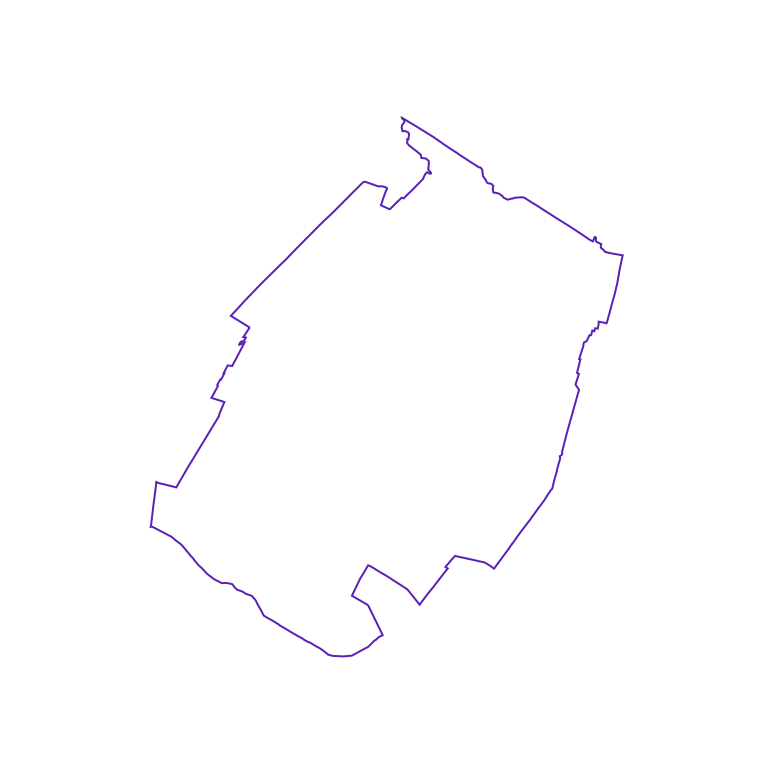 the district of Mozaceni, Arges, Romania, rotated 159°
{"feature_id": "2599482B69451862897521", "entity_name": "Mozaceni", "entity_type": "district", "adm_level": 2, "iso_a3": "ROU", "parent_name": "Romania", "parent_adm1": "Arges", "projection": "robinson", "projection_center": [25.183, 44.552], "detail": "fine", "context": "isolated", "style": "outline", "palette": "violet", "viewbox_px": 768, "rotation_deg": 159, "n_neighbors": 0, "source": "geoboundaries", "source_scale": "gbopen_adm2", "svg_char_len": 5842}
<svg xmlns="http://www.w3.org/2000/svg" viewBox="0 0 768 768"><g transform="rotate(159 384 384)"><path d="M271.9,626.1L272.0,625.6L271.4,624.4L270.7,623.2L270.9,622.2L271.1,621.2L272.7,620.2L274.4,619.1L275.6,617.3L276.1,613.3L274.1,612.9L271.6,610.8L270.9,608.6L272.2,606.1L273.6,603.6L274.5,604.2L275.3,602.3L276.1,600.5L275.0,597.5L271.7,592.1L269.0,587.6L268.5,586.8L267.5,584.5L268.1,581.7L264.0,579.4L262.3,576.3L262.8,574.4L264.4,571.2L265.8,568.4L264.5,564.7L264.8,563.7L266.1,564.0L267.4,565.9L267.9,566.2L268.5,566.1L270.0,565.3L272.3,563.4L274.1,561.4L287.4,555.3L295.0,552.1L299.1,550.2L300.4,551.4L300.8,551.6L305.2,549.7L307.9,548.6L311.9,546.8L315.6,545.2L316.0,545.2L316.6,545.6L322.8,551.9L319.9,555.5L318.4,557.3L314.9,561.4L312.9,563.6L311.5,564.8L311.1,565.3L311.0,565.7L311.1,566.1L313.1,568.1L315.9,569.7L318.6,570.6L329.3,579.7L330.5,579.9L331.2,579.8L333.4,578.9L339.9,576.0L347.6,572.6L348.8,572.1L350.6,571.2L354.9,569.3L369.8,562.6L371.4,562.0L372.4,561.5L375.1,560.4L377.1,559.6L378.3,559.1L380.7,558.2L387.6,555.2L400.9,549.2L409.6,545.3L424.9,538.3L428.3,536.6L433.5,534.3L434.9,533.8L453.9,525.5L462.0,522.0L484.4,511.5L493.9,506.7L502.6,502.5L489.7,485.6L489.5,485.1L489.5,484.8L489.7,484.5L490.0,484.3L496.3,479.7L496.7,479.5L498.2,478.4L498.4,478.3L496.8,477.3L496.3,476.9L499.2,474.6L501.6,474.6L502.7,474.7L505.1,472.7L504.7,472.4L502.5,472.5L501.5,472.5L499.5,472.5L502.4,470.0L513.5,460.2L518.6,455.8L519.2,455.2L520.8,456.0L522.0,456.7L523.3,457.3L529.7,451.7L529.8,451.6L529.1,451.4L529.5,450.9L530.4,450.2L531.4,449.2L532.8,448.0L534.5,446.5L535.1,447.0L539.4,443.4L540.1,442.7L539.9,442.0L539.7,441.7L541.5,440.1L542.4,439.4L546.6,435.8L549.0,433.8L550.0,433.0L550.1,432.9L546.2,429.8L541.2,425.8L539.5,424.4L548.6,414.8L549.4,413.3L570.8,396.7L589.8,382.0L596.1,377.2L614.5,362.3L615.0,361.9L617.4,363.6L624.2,368.4L630.8,372.9L631.0,373.4L631.7,374.1L635.8,366.2L639.3,359.7L642.9,353.1L649.3,340.9L651.5,336.7L652.5,335.1L653.0,334.3L652.7,334.3L652.4,334.2L651.8,333.9L651.3,333.5L650.8,333.1L650.7,332.9L638.5,319.1L638.4,319.1L638.2,318.9L638.0,318.6L637.8,318.4L637.6,318.1L637.5,317.9L636.8,316.9L636.4,316.3L636.0,315.5L635.2,314.0L634.7,313.0L633.2,310.6L632.7,309.7L632.5,309.4L632.0,308.9L631.8,308.5L631.0,307.1L630.9,306.8L630.8,306.6L630.5,305.9L630.3,305.3L630.1,304.8L630.0,304.7L625.7,291.9L624.9,290.2L624.2,287.6L623.4,284.9L621.8,280.6L620.8,278.9L619.7,276.5L618.6,273.7L617.2,270.2L615.3,267.1L612.5,262.5L611.3,261.4L611.3,261.2L611.2,261.0L609.0,258.8L607.8,257.2L606.5,256.1L605.0,255.6L603.3,255.1L602.0,254.5L598.7,252.4L597.4,251.5L597.0,250.3L596.7,248.9L596.1,247.4L595.4,245.7L594.7,244.4L593.6,243.5L590.9,241.3L589.3,239.3L588.1,237.5L586.6,236.3L586.5,236.2L584.5,234.6L583.0,233.0L582.7,231.6L581.7,229.2L581.2,227.0L581.1,224.8L580.8,222.7L580.5,220.8L580.1,218.2L579.7,215.1L579.5,212.8L579.5,212.6L579.3,211.2L579.0,210.5L576.2,206.9L574.0,204.4L571.1,200.7L570.0,199.2L568.3,197.0L568.4,196.8L566.6,194.4L563.7,190.9L560.8,187.1L558.0,183.5L556.0,181.2L555.0,179.8L553.0,177.6L551.5,175.9L550.9,174.7L549.0,172.3L546.8,169.8L545.8,169.1L544.5,167.5L542.8,165.2L540.5,162.5L539.4,161.2L538.9,160.7L538.3,159.7L537.0,157.9L533.9,152.8L533.7,152.6L533.2,151.8L533.0,151.5L533.1,151.2L531.5,150.2L529.4,148.6L519.7,144.3L511.4,141.9L499.7,143.5L492.9,144.3L484.7,147.9L483.4,148.0L479.8,149.5L475.2,150.0L478.1,182.6L478.6,183.9L485.3,192.2L489.8,197.8L487.0,200.5L480.5,206.6L475.0,211.8L474.6,211.9L471.7,214.1L463.8,220.4L463.2,219.9L462.1,218.8L461.3,217.9L454.8,209.4L454.1,208.5L450.8,204.5L447.7,200.3L445.2,196.8L443.3,194.2L437.0,185.6L435.8,183.9L435.0,181.5L434.0,178.4L429.8,165.2L429.7,165.3L425.6,167.9L421.3,170.6L418.7,172.2L410.5,176.9L406.5,179.4L399.5,183.6L397.6,184.8L392.9,187.6L390.6,188.9L392.2,191.1L384.8,195.3L379.3,198.0L370.9,192.5L362.5,187.0L358.4,184.2L354.2,181.5L353.7,180.9L351.1,177.6L350.8,177.4L347.5,172.2L346.7,172.6L344.6,174.0L342.7,175.2L339.5,177.3L337.7,178.4L335.6,179.8L331.0,182.7L327.0,185.3L326.8,185.2L326.4,185.4L326.3,185.8L324.6,186.9L321.8,188.8L319.9,189.9L315.1,193.2L310.9,195.9L310.0,196.5L303.7,200.4L295.8,205.2L292.8,207.3L291.0,208.4L285.2,212.2L278.4,216.5L276.5,217.7L273.2,220.1L269.8,222.7L268.2,223.6L267.2,224.6L264.4,226.0L260.3,232.1L255.2,238.9L252.5,242.9L249.6,246.9L246.2,251.3L246.0,252.6L245.8,253.6L245.1,253.7L243.5,254.1L242.7,254.8L242.1,256.8L231.7,271.5L217.6,290.5L207.6,303.9L204.1,308.5L204.2,309.7L204.8,312.3L205.4,314.8L198.4,323.6L199.8,325.2L196.0,330.6L191.8,336.7L192.9,337.3L184.7,347.5L183.2,350.0L182.5,351.1L179.5,351.4L174.7,355.9L173.1,355.4L170.3,359.3L168.8,357.9L166.8,360.4L165.7,359.7L164.7,359.1L162.5,362.3L162.2,362.9L161.9,363.8L161.2,365.3L160.5,364.8L156.6,362.4L154.6,360.9L154.4,361.1L154.1,361.3L146.2,371.9L143.9,375.2L136.0,385.8L132.7,390.7L130.4,394.0L127.7,398.5L123.2,406.1L117.9,414.3L115.0,418.6L122.2,422.8L129.1,427.2L129.2,427.6L130.0,427.9L130.3,428.6L131.0,430.1L131.4,431.3L132.4,432.8L132.6,434.0L132.0,435.3L131.0,436.8L133.0,438.7L134.6,440.5L134.9,441.8L134.6,442.5L134.2,443.5L133.7,444.5L134.1,445.5L134.8,445.6L137.9,442.3L140.1,444.7L145.1,451.9L153.5,463.7L164.1,477.7L168.0,483.1L174.5,491.9L177.6,496.2L181.6,501.3L186.4,507.9L189.3,509.3L195.6,511.1L197.3,511.0L200.0,511.6L202.6,511.8L204.4,513.8L205.4,514.9L205.9,515.6L206.0,516.9L208.4,520.4L211.3,522.6L212.7,523.1L213.4,524.4L212.8,526.0L211.9,528.5L210.9,529.6L211.6,531.5L212.0,532.2L212.7,533.0L214.0,533.5L215.1,534.3L215.5,535.0L215.8,535.7L215.8,537.7L216.1,538.2L216.4,540.2L217.1,542.7L216.0,546.9L216.0,547.4L215.5,548.9L216.0,550.6L216.2,551.3L216.7,551.8L217.7,552.2L223.1,559.5L229.3,568.1L231.7,571.4L232.8,573.2L238.4,580.8L240.4,583.7L242.8,587.1L244.4,589.5L249.4,596.9L262.2,613.8L271.9,626.1Z" fill="none" stroke="#5b21b6" stroke-width="2"/></g></svg>